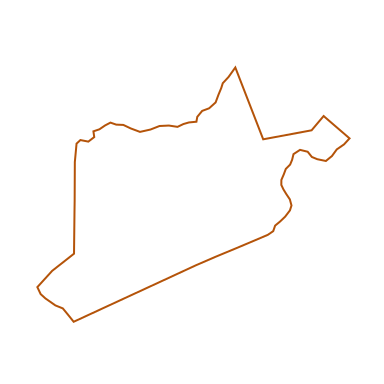 Tanque d'Arca, Alagoas, Brazil (Natural Earth projection), rotated 266°
{"feature_id": "56859067B91269907652383", "entity_name": "Tanque d'Arca", "entity_type": "district", "adm_level": 2, "iso_a3": "BRA", "parent_name": "Brazil", "parent_adm1": "Alagoas", "projection": "natural_earth1", "projection_center": [-36.408, -9.567], "detail": "fine", "context": "isolated", "style": "outline", "palette": "amber", "viewbox_px": 384, "rotation_deg": 266, "n_neighbors": 0, "source": "geoboundaries", "source_scale": "gbopen_adm2", "svg_char_len": 1032}
<svg xmlns="http://www.w3.org/2000/svg" viewBox="0 0 384 384"><g transform="rotate(266 192 192)"><path d="M313.2,243.9L304.1,236.4L298.4,230.3L293.6,228.4L287.2,225.2L279.7,221.8L274.3,214.9L272.2,207.8L266.6,202.5L261.8,201.3L261.6,193.8L260.4,188.2L258.0,182.1L259.9,173.6L260.1,164.2L257.2,154.9L255.6,144.3L259.7,135.3L263.7,128.2L264.5,121.1L266.9,115.5L264.5,110.0L261.0,104.0L259.4,97.9L253.6,98.3L249.5,92.1L251.6,84.3L248.3,80.2L230.0,77.2L191.1,74.3L180.5,73.4L138.7,70.0L123.1,47.0L107.9,31.1L100.7,33.9L96.1,38.3L88.4,47.8L84.9,55.0L78.3,59.7L70.8,64.9L118.7,191.0L125.7,210.9L132.6,231.5L135.8,240.9L144.0,264.7L147.3,270.3L152.7,272.6L156.4,277.8L160.9,283.2L166.8,288.4L171.6,290.3L177.8,289.1L183.2,286.0L188.2,283.4L192.8,281.6L197.8,282.0L203.2,284.8L208.5,287.2L212.5,291.8L217.1,294.1L222.7,295.9L226.5,302.7L224.1,310.2L218.6,314.0L216.0,319.2L213.6,327.7L218.1,334.1L224.4,339.4L228.9,347.0L234.5,352.9L258.6,328.6L245.2,315.6L239.6,266.7L313.2,243.9Z" fill="none" stroke="#b45309" stroke-width="2"/></g></svg>